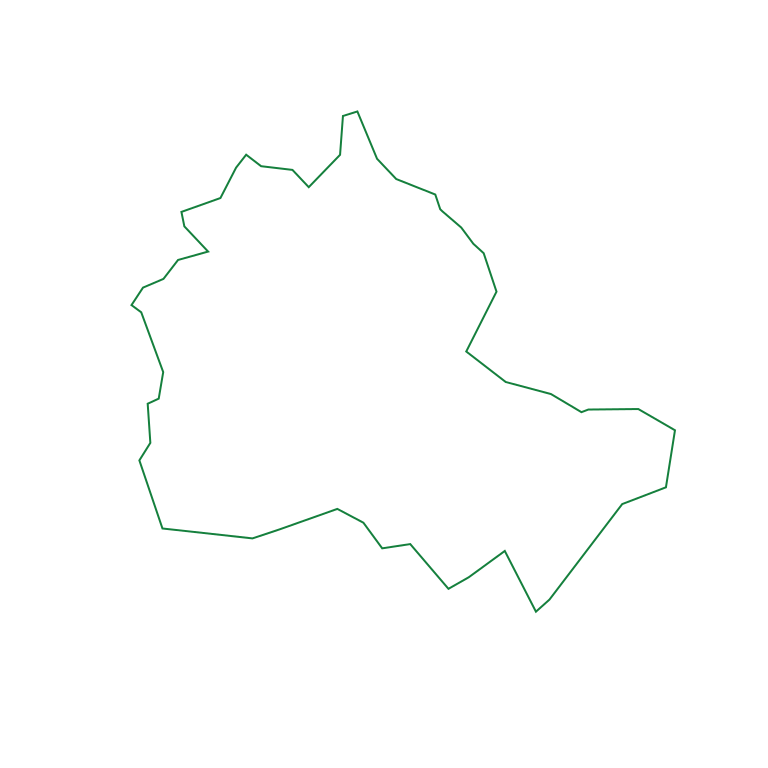 outline of Lee, South Carolina, United States of America, rotated 340°
{"feature_id": "52423323B63410184829220", "entity_name": "Lee", "entity_type": "district", "adm_level": 2, "iso_a3": "USA", "parent_name": "United States of America", "parent_adm1": "South Carolina", "projection": "robinson", "projection_center": [-80.251, 34.159], "detail": "fine", "context": "isolated", "style": "outline", "palette": "green", "viewbox_px": 768, "rotation_deg": 340, "n_neighbors": 0, "source": "geoboundaries", "source_scale": "gbopen_adm2", "svg_char_len": 802}
<svg xmlns="http://www.w3.org/2000/svg" viewBox="0 0 768 768"><g transform="rotate(340 384 384)"><path d="M332.9,121.4L319.0,130.1L293.9,153.3L252.5,153.0L250.3,167.6L264.0,199.4L232.9,197.0L212.7,209.8L190.5,211.0L173.7,223.5L180.4,233.6L180.6,297.3L167.3,320.7L155.2,321.7L144.3,359.4L128.0,372.1L126.4,444.0L207.6,484.1L236.3,484.9L297.4,485.4L317.2,507.3L326.1,537.8L353.9,543.4L374.5,598.5L397.5,594.6L440.4,582.2L448.9,649.9L465.7,643.2L566.8,578.3L613.6,577.5L641.6,527.0L614.4,494.5L567.3,477.9L559.9,478.0L537.5,450.6L499.1,423.8L472.4,381.6L521.3,335.7L522.4,295.2L515.9,282.8L510.1,263.4L497.9,241.7L496.6,239.0L497.0,223.5L465.6,195.6L454.5,170.0L452.2,118.8L437.1,118.1L421.1,153.6L380.6,173.3L371.2,151.5L343.0,137.3L332.9,121.4Z" fill="none" stroke="#15803d" stroke-width="2"/></g></svg>